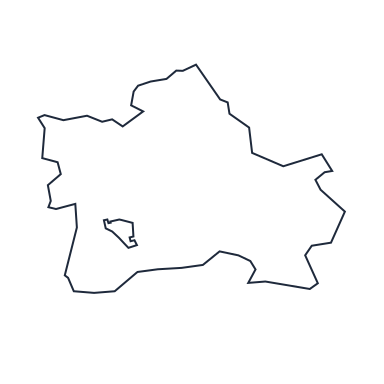 Karmana, Navoi, Uzbekistan, rotated 166°
{"feature_id": "79887680B23954211598190", "entity_name": "Karmana", "entity_type": "district", "adm_level": 2, "iso_a3": "UZB", "parent_name": "Uzbekistan", "parent_adm1": "Navoi", "projection": "mercator", "projection_center": [65.268, 40.01], "detail": "fine", "context": "isolated", "style": "outline", "palette": "slate", "viewbox_px": 384, "rotation_deg": 166, "n_neighbors": 0, "source": "geoboundaries", "source_scale": "gbopen_adm2", "svg_char_len": 1088}
<svg xmlns="http://www.w3.org/2000/svg" viewBox="0 0 384 384"><g transform="rotate(166 192 192)"><path d="M157.3,314.6L171.6,311.8L177.9,313.6L189.4,307.9L205.4,309.2L218.6,308.2L224.3,303.6L230.1,290.8L219.9,282.0L243.4,272.4L251.9,281.8L262.2,281.9L275.4,291.4L299.4,292.8L316.5,302.3L323.4,301.3L319.5,289.6L329.1,261.1L315.2,253.4L315.0,241.1L330.2,233.5L331.2,217.5L335.0,212.0L328.1,208.4L308.1,208.7L312.3,185.4L335.6,141.9L333.0,138.7L330.7,124.3L311.4,117.8L291.0,114.4L264.3,127.6L243.9,125.3L220.5,120.9L199.1,118.6L179.6,127.7L162.3,119.3L152.1,110.9L149.1,101.5L159.4,90.2L142.5,87.4L101.2,69.4L92.0,73.0L97.5,103.2L88.8,110.9L69.4,109.2L48.4,136.0L66.7,163.1L69.3,174.0L58.5,179.1L50.9,178.5L57.0,197.2L97.2,194.9L124.2,215.4L121.0,240.7L136.7,258.9L135.7,270.3L142.3,275.0L157.3,314.6ZM270.1,158.3L274.0,165.3L279.0,173.0L284.5,177.6L284.3,185.9L280.8,185.8L280.6,182.0L278.4,181.9L278.4,183.1L269.2,182.9L267.2,181.9L257.1,176.4L259.6,163.0L263.5,163.0L263.5,159.1L259.5,159.1L258.3,153.8L267.2,153.2L270.1,158.3Z" fill="none" stroke="#1e293b" stroke-width="2"/></g></svg>